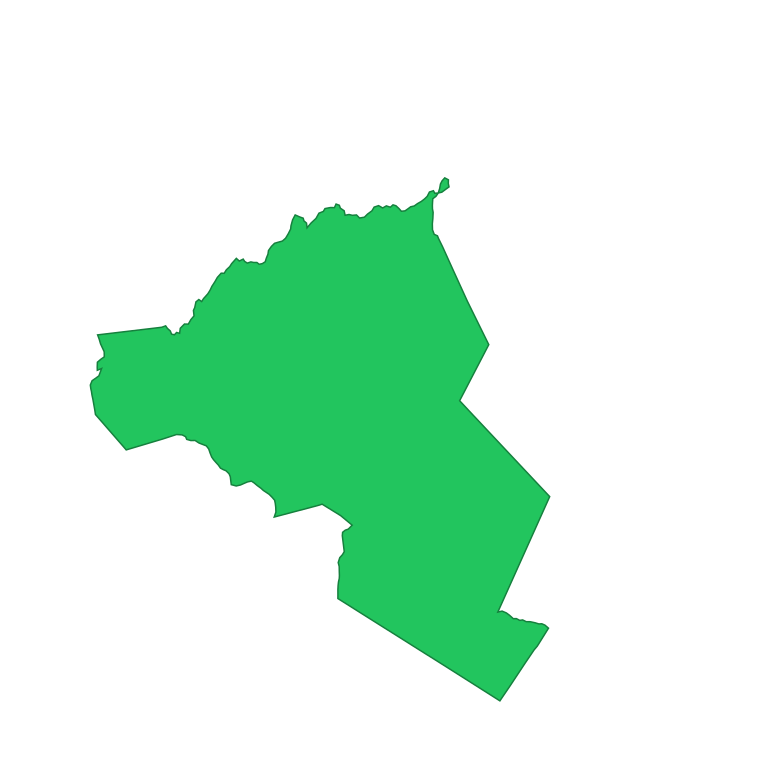 outline of Marajá do Sena, Maranhão, Brazil, rotated 212°
{"feature_id": "56859067B7170662735906", "entity_name": "Marajá do Sena", "entity_type": "district", "adm_level": 2, "iso_a3": "BRA", "parent_name": "Brazil", "parent_adm1": "Maranhão", "projection": "natural_earth1", "projection_center": [-45.553, -4.751], "detail": "fine", "context": "isolated", "style": "filled", "palette": "green", "viewbox_px": 768, "rotation_deg": 212, "n_neighbors": 0, "source": "geoboundaries", "source_scale": "gbopen_adm2", "svg_char_len": 3028}
<svg xmlns="http://www.w3.org/2000/svg" viewBox="0 0 768 768"><g transform="rotate(212 384 384)"><path d="M439.2,574.7L442.0,572.7L444.5,574.1L447.2,570.9L446.8,566.0L447.7,562.4L449.1,558.6L451.2,554.7L452.7,551.0L455.3,548.4L456.5,545.3L457.9,542.0L460.8,539.7L464.2,540.7L468.3,541.5L471.3,540.7L472.3,537.3L476.4,536.3L478.4,532.6L483.1,532.4L486.1,528.8L486.0,524.5L488.0,519.4L489.0,515.1L492.7,511.8L496.9,512.8L500.2,510.3L503.5,509.2L506.4,506.5L509.6,509.8L514.2,510.0L516.6,511.9L520.0,511.2L519.5,507.3L522.9,505.3L527.0,501.5L526.9,498.2L529.7,494.4L529.4,488.4L531.2,481.7L532.0,475.7L535.0,479.4L538.3,479.9L540.4,481.8L544.1,481.0L548.9,480.3L548.5,474.8L546.7,468.8L545.3,466.0L544.8,460.7L544.7,455.5L545.9,451.4L549.3,447.7L551.4,445.3L552.4,441.0L552.7,436.0L551.2,432.6L550.5,428.5L549.5,424.7L551.0,421.6L553.3,419.4L556.2,419.7L558.9,418.0L561.6,417.0L564.0,414.1L567.1,414.1L569.6,415.3L571.9,411.6L575.8,412.3L577.0,405.3L577.0,401.8L578.2,397.4L578.2,393.2L580.8,391.7L581.8,386.1L581.6,381.0L581.7,375.7L581.2,371.4L581.2,367.1L582.3,360.8L582.3,357.3L585.8,357.5L587.0,354.0L585.0,348.5L584.6,345.4L581.2,341.1L581.9,336.4L581.7,331.1L585.0,329.1L586.3,323.3L584.2,318.7L587.2,317.8L587.8,314.7L590.6,313.7L593.3,315.7L597.2,316.4L600.0,317.6L602.5,314.4L606.2,311.4L652.9,273.9L649.3,271.1L645.6,267.8L638.4,263.1L635.6,258.8L637.3,254.8L638.6,250.6L636.2,246.4L634.4,243.7L631.7,247.5L630.1,239.8L632.1,234.9L633.3,232.1L632.5,227.5L630.1,224.6L628.1,222.6L625.9,220.0L622.8,216.8L615.5,208.7L612.5,205.2L595.1,199.9L571.8,192.8L567.7,191.5L542.5,220.1L533.2,231.2L528.2,233.9L524.3,234.2L522.0,232.5L517.8,233.7L514.3,236.0L509.7,235.9L505.5,236.7L501.9,237.4L498.2,236.0L494.9,233.3L491.5,230.8L488.5,229.5L484.5,228.3L481.6,227.5L478.1,226.0L474.9,226.2L472.1,226.7L467.9,225.8L465.2,223.9L462.8,220.9L460.2,217.7L455.3,219.2L452.2,222.3L449.7,226.0L447.8,228.7L444.9,231.4L441.7,231.3L437.6,230.7L433.2,230.4L430.0,229.8L426.5,229.7L423.1,229.6L419.1,228.7L415.2,227.5L413.0,225.2L410.5,222.1L407.8,218.1L406.6,213.0L377.0,244.5L374.8,246.9L372.8,249.3L350.9,249.4L336.2,247.4L337.4,242.0L339.4,239.5L340.5,236.3L339.0,233.3L328.9,220.8L328.8,217.2L329.5,213.3L328.2,208.3L325.3,205.5L322.5,201.2L320.3,197.9L318.9,195.4L317.7,192.0L316.1,188.7L314.2,185.3L311.3,180.7L309.4,177.6L205.8,177.2L193.3,177.2L117.8,176.7L117.7,179.9L117.1,195.3L116.4,221.9L115.8,238.1L115.1,243.0L115.1,264.1L119.7,264.8L123.1,264.3L125.5,262.6L129.3,261.6L134.0,259.9L137.5,257.8L141.4,257.4L143.6,255.5L147.4,255.2L150.0,253.5L155.1,254.4L158.9,254.7L163.5,254.0L166.6,250.9L183.8,376.3L298.3,406.5L311.0,409.9L316.0,472.9L357.2,498.4L385.2,516.9L407.0,531.4L414.9,536.3L417.2,538.0L420.7,537.5L424.6,540.5L427.9,545.5L430.3,550.3L433.3,555.6L435.7,558.2L437.6,561.1L439.1,563.8L440.8,567.0L439.4,570.6L439.2,574.7ZM441.7,591.0L442.4,587.1L442.1,583.5L440.4,579.3L439.2,574.7L436.6,577.3L434.6,582.4L433.3,585.6L435.7,588.1L437.6,591.3L441.7,591.0Z" fill="#22c55e" stroke="#15803d" stroke-width="1.5"/></g></svg>